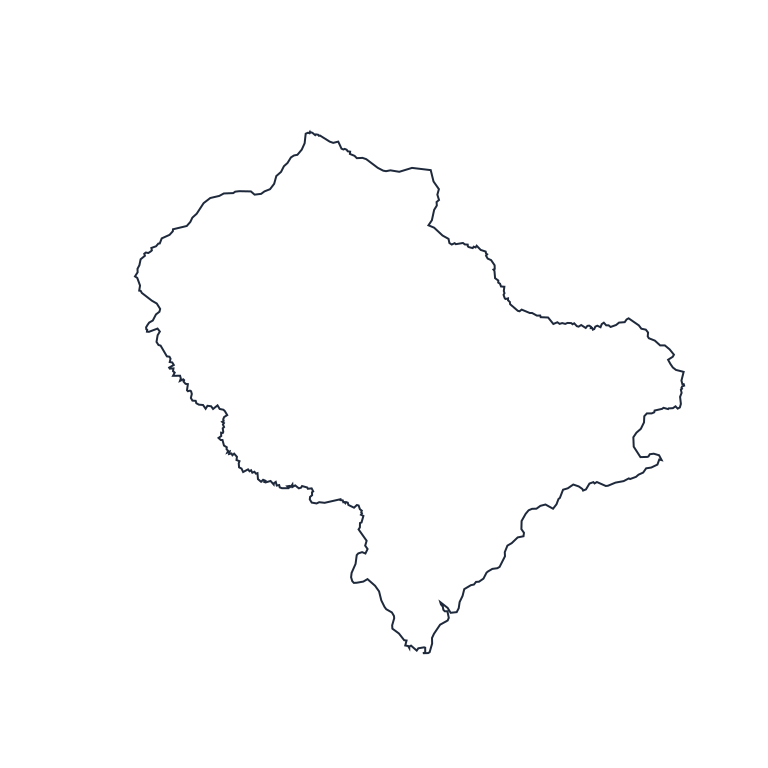 outline of Manggarai Timur, Nusa Tenggara Timur, Indonesia, rotated 125°
{"feature_id": "22746128B57997288446056", "entity_name": "Manggarai Timur", "entity_type": "district", "adm_level": 2, "iso_a3": "IDN", "parent_name": "Indonesia", "parent_adm1": "Nusa Tenggara Timur", "projection": "orthographic", "projection_center": [120.695, -8.574], "detail": "fine", "context": "isolated", "style": "outline", "palette": "slate", "viewbox_px": 768, "rotation_deg": 125, "n_neighbors": 0, "source": "geoboundaries", "source_scale": "gbopen_adm2", "svg_char_len": 6166}
<svg xmlns="http://www.w3.org/2000/svg" viewBox="0 0 768 768"><g transform="rotate(125 384 384)"><path d="M223.9,591.7L232.3,587.1L239.2,585.8L245.9,586.4L248.4,588.8L251.8,590.2L258.3,589.8L263.0,590.9L269.3,590.0L275.4,591.5L283.0,588.8L289.8,589.1L294.8,592.4L298.7,593.7L303.1,598.6L302.6,603.5L309.1,613.2L311.8,616.2L314.1,617.0L319.8,624.5L324.4,626.8L331.3,633.0L339.3,635.5L352.0,635.1L357.6,636.4L362.3,635.6L367.7,636.2L378.3,645.6L380.0,644.6L384.8,645.2L392.2,649.6L397.5,648.3L398.4,649.4L401.9,649.7L406.0,652.6L407.7,650.8L409.1,651.1L411.9,652.2L412.9,654.5L414.8,655.1L416.1,653.4L421.4,654.9L427.0,652.5L431.0,652.0L433.8,649.9L438.7,649.7L438.6,647.0L443.3,640.3L447.9,638.1L447.3,636.7L448.3,634.6L448.9,621.9L448.4,616.3L450.9,610.4L453.6,609.4L457.8,610.7L464.6,609.8L468.4,611.6L471.1,611.6L474.0,611.4L475.5,610.1L475.4,609.1L477.1,608.2L476.1,606.5L468.5,601.3L469.6,597.7L473.9,597.4L480.0,594.5L481.4,591.1L480.7,589.0L485.9,577.7L484.7,575.4L485.7,573.4L488.9,572.1L487.8,569.8L489.0,567.1L493.8,569.4L494.3,568.3L492.0,565.4L494.5,564.2L494.7,562.0L498.3,561.5L494.2,555.8L496.0,553.6L498.5,552.9L495.3,551.1L495.5,549.9L497.0,549.6L497.7,546.7L496.6,544.6L502.1,541.8L502.4,540.5L500.7,539.1L500.6,537.9L502.4,535.7L506.2,534.2L507.5,531.4L505.8,528.6L507.4,526.7L507.1,523.8L505.0,520.2L506.6,515.9L503.1,516.1L501.4,512.8L502.5,509.7L497.0,508.1L498.7,504.3L497.2,500.8L497.5,498.8L499.4,494.6L502.7,496.0L505.1,495.5L506.1,494.2L507.8,494.9L507.8,492.7L509.6,492.7L511.0,490.3L512.8,490.7L515.4,488.2L516.6,488.0L517.3,489.5L520.0,487.5L523.1,488.6L523.5,485.6L522.5,484.2L526.2,479.8L526.0,476.5L527.7,475.6L528.2,473.3L530.0,473.0L527.8,471.7L530.2,470.7L528.4,469.1L529.3,467.3L527.0,466.8L528.0,462.7L530.9,461.2L530.1,458.1L532.3,457.5L535.4,454.9L535.0,452.2L536.9,448.9L531.9,446.4L532.6,444.1L530.9,443.4L532.2,441.0L530.2,439.8L530.9,437.5L529.6,436.5L534.2,432.7L534.6,428.6L531.8,428.1L531.3,425.8L532.9,426.0L532.6,424.6L528.5,421.3L529.6,416.7L528.5,417.3L526.3,416.5L528.7,413.6L526.9,411.9L528.5,410.1L527.9,407.8L524.1,402.4L523.5,402.4L523.2,404.5L521.5,402.7L521.7,401.3L518.8,401.4L520.6,399.8L518.0,398.6L518.3,393.9L516.5,392.5L514.6,392.6L512.8,387.5L513.5,386.3L511.0,383.4L512.6,380.4L514.0,380.9L516.3,379.1L518.9,379.8L521.1,378.6L522.6,375.2L520.5,370.7L518.0,369.3L515.4,364.5L503.4,353.6L504.1,353.1L503.0,351.0L504.2,349.5L503.4,348.7L503.8,347.3L502.5,347.4L502.0,345.6L503.5,343.8L502.5,337.6L498.7,336.8L498.1,335.1L500.4,331.9L500.5,329.5L502.1,329.1L502.5,327.9L504.3,327.9L503.9,325.2L510.3,323.0L511.7,323.9L515.3,321.5L517.7,321.4L522.4,308.3L527.2,306.7L528.6,302.8L533.5,302.0L534.3,305.5L537.5,307.9L539.8,308.2L547.7,304.1L557.3,302.2L561.2,300.1L563.7,296.9L564.2,294.6L562.5,292.4L557.7,287.6L553.3,285.6L554.4,275.6L556.7,269.1L562.8,262.1L566.3,255.7L567.2,253.0L566.6,246.5L568.3,242.8L570.0,241.3L577.0,238.9L579.6,236.8L579.8,228.7L582.3,220.5L581.2,218.4L586.0,216.6L584.8,213.9L585.8,211.8L584.4,212.7L582.8,211.8L583.6,204.3L580.8,204.3L576.7,200.1L576.4,199.0L580.2,196.3L582.2,197.7L579.1,193.5L577.5,192.8L569.0,195.7L564.5,199.0L559.9,199.8L549.0,200.0L541.2,196.2L538.4,196.8L533.8,201.7L535.3,203.9L534.9,205.9L532.6,208.2L531.9,210.9L530.4,212.8L530.9,203.4L533.2,198.2L529.2,193.6L524.8,194.2L519.2,197.0L512.5,198.1L506.0,200.6L498.9,197.4L496.7,195.3L493.3,195.1L491.5,192.8L486.4,190.9L479.7,191.8L477.9,191.3L473.3,189.2L469.9,185.5L467.5,184.4L455.7,186.1L452.5,188.6L445.6,190.2L441.1,188.1L433.0,186.5L428.7,182.4L425.6,184.0L424.1,188.2L417.3,192.7L409.1,193.5L404.5,193.1L401.3,191.1L398.7,187.6L394.1,186.0L390.1,182.6L389.2,174.0L383.6,173.7L378.1,175.1L376.4,174.6L367.9,176.7L364.0,173.6L357.8,171.3L356.2,165.7L356.2,161.3L357.1,159.8L354.5,158.1L347.7,158.6L344.3,156.2L344.7,154.5L342.2,153.4L340.3,143.8L338.9,142.2L332.0,137.8L326.1,132.0L320.9,129.3L320.7,127.9L315.5,124.3L312.3,123.5L307.9,120.9L302.7,120.9L299.2,117.2L293.2,113.8L288.0,115.2L287.1,112.9L284.6,117.8L286.4,123.1L289.1,126.0L291.7,125.8L292.7,126.5L296.8,132.0L292.1,143.5L284.6,149.2L279.1,149.3L273.4,147.9L266.3,149.0L261.1,152.3L257.3,151.8L254.6,147.9L252.2,146.4L250.5,147.1L244.8,141.9L243.2,141.4L241.6,136.9L240.7,136.8L238.1,133.5L235.1,132.4L235.7,129.3L233.5,128.2L230.0,129.4L224.7,134.1L220.6,135.1L218.4,137.5L216.9,137.2L216.6,138.1L214.9,138.4L213.2,137.2L212.2,138.4L212.9,139.6L210.6,142.3L202.2,145.5L205.0,152.9L204.8,156.9L203.3,160.9L201.2,165.2L196.1,163.1L193.7,163.3L191.8,169.9L191.3,176.1L194.0,179.9L193.1,187.0L194.6,193.3L193.7,195.3L190.4,197.2L189.3,200.7L191.1,204.9L189.8,208.9L189.9,221.3L192.0,222.3L195.3,222.3L198.9,226.7L202.5,227.7L207.3,231.1L207.1,233.6L208.5,235.6L207.7,239.1L210.1,240.0L213.3,239.2L213.9,242.7L215.8,243.8L218.4,243.3L219.7,244.1L218.7,245.7L219.6,246.7L218.4,247.3L218.5,249.4L219.7,250.7L222.4,250.9L222.6,256.3L225.4,257.5L226.0,259.2L225.2,263.0L226.9,263.8L226.7,265.5L228.7,268.7L230.8,270.0L231.9,273.0L234.0,274.6L234.0,277.4L237.7,279.7L235.4,287.7L239.4,294.0L238.3,295.3L240.3,298.0L240.9,303.5L242.2,305.2L244.1,313.9L246.7,314.7L247.3,316.3L246.3,326.4L244.6,328.0L244.3,330.4L242.7,331.5L244.6,333.1L244.6,334.1L242.4,337.2L240.5,337.4L239.1,339.2L235.3,341.2L237.0,344.1L235.3,346.5L235.4,348.6L233.7,349.7L233.6,353.7L228.0,358.4L227.5,360.0L226.2,359.3L223.3,361.5L221.1,367.3L221.8,371.0L220.4,374.0L218.6,373.9L218.7,375.1L217.2,376.7L218.7,381.7L217.6,387.4L219.6,387.3L220.1,389.3L221.8,389.3L223.2,393.0L223.2,394.2L221.8,395.4L223.3,397.8L223.2,400.2L228.3,405.4L228.1,406.9L230.9,408.5L231.0,411.3L228.1,414.4L228.8,421.2L227.2,432.6L228.5,438.6L222.4,438.7L212.6,442.8L207.5,443.1L204.8,445.3L201.7,444.5L198.3,448.9L192.9,450.8L189.7,459.6L182.0,468.4L190.9,485.0L201.4,493.2L205.3,501.3L208.5,504.4L209.7,507.0L210.5,513.1L210.0,527.5L211.1,531.3L214.6,535.8L214.0,539.0L215.1,543.9L213.1,545.0L214.2,547.2L213.5,549.0L214.0,551.1L215.2,551.8L215.6,553.8L211.7,560.5L215.6,563.9L216.6,567.5L217.2,579.0L218.0,579.6L217.6,580.9L218.6,583.0L219.6,583.1L219.3,586.7L219.8,588.5L220.6,588.6L220.1,589.3L221.4,589.2L221.9,590.5L223.9,591.7Z" fill="none" stroke="#1e293b" stroke-width="2"/></g></svg>